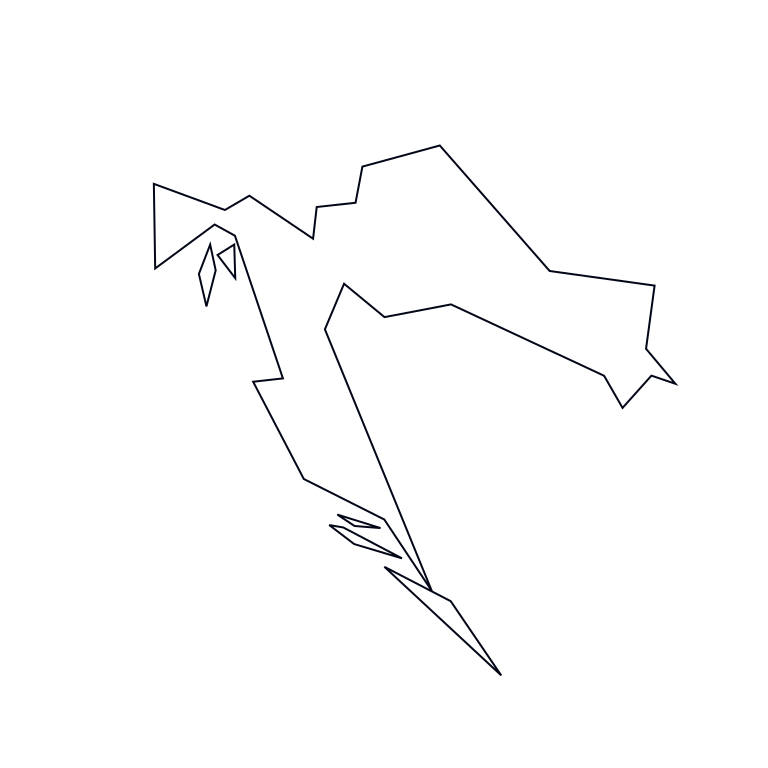 the border of Croatia, rotated 17°
{"feature_id": "HRV", "entity_name": "Croatia", "entity_type": "country or territory", "adm_level": 0, "iso_a3": "HRV", "parent_name": "Europe", "parent_adm1": "", "projection": "robinson", "projection_center": [16.337, 44.484], "detail": "coarse", "context": "isolated", "style": "outline", "palette": "ink", "viewbox_px": 768, "rotation_deg": 17, "n_neighbors": 0, "source": "natural_earth", "source_scale": "50m", "svg_char_len": 770}
<svg xmlns="http://www.w3.org/2000/svg" viewBox="0 0 768 768"><g transform="rotate(17 384 384)"><path d="M105.4,259.9L181.0,264.1L200.2,243.3L273.7,265.8L267.9,234.4L303.8,219.0L299.8,182.4L367.6,139.6L509.4,227.5L614.0,210.8L624.3,273.7L662.6,298.6L637.3,297.8L619.1,337.1L592.1,311.8L424.8,288.3L364.9,319.9L316.5,299.8L311.5,349.0L490.2,567.9L423.9,513.5L335.1,498.3L258.2,420.1L285.7,408.2L198.1,285.8L175.4,281.0L131.4,340.4L105.4,259.9ZM511.3,572.2L581.3,628.4L437.8,558.7L511.3,572.2ZM191.5,361.7L174.8,332.9L177.0,301.5L189.8,324.5L191.5,361.7ZM200.0,294.4L210.8,326.3L187.1,309.3L200.0,294.4ZM422.8,522.8L397.3,528.4L377.5,522.5L422.8,522.8ZM452.2,545.5L402.3,545.8L372.9,534.9L387.0,533.1L452.2,545.5Z" fill="none" stroke="#020617" stroke-width="2"/></g></svg>